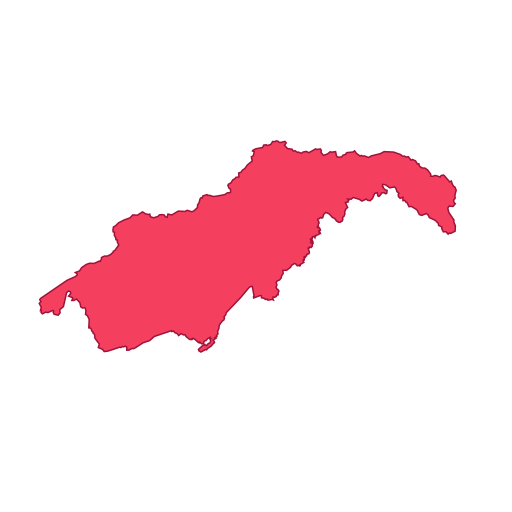 Hkamti, Sagaing, Myanmar, rotated 43°
{"feature_id": "60261553B91156237471736", "entity_name": "Hkamti", "entity_type": "district", "adm_level": 2, "iso_a3": "MMR", "parent_name": "Myanmar", "parent_adm1": "Sagaing", "projection": "natural_earth1", "projection_center": [95.699, 25.834], "detail": "fine", "context": "isolated", "style": "filled", "palette": "rose", "viewbox_px": 512, "rotation_deg": 43, "n_neighbors": 0, "source": "geoboundaries", "source_scale": "gbopen_adm2", "svg_char_len": 6102}
<svg xmlns="http://www.w3.org/2000/svg" viewBox="0 0 512 512"><g transform="rotate(43 256 256)"><path d="M292.9,221.3L292.0,220.2L293.2,218.2L292.5,216.8L288.8,214.7L289.5,213.9L289.0,212.9L290.5,212.3L290.4,210.4L289.4,209.4L289.1,207.7L287.4,208.6L287.9,207.6L286.0,207.2L287.3,206.5L286.2,206.1L286.1,206.7L285.2,204.9L285.1,206.6L284.3,206.4L284.8,204.2L284.2,203.3L285.5,202.1L286.6,202.4L286.0,201.3L286.9,201.3L285.6,201.1L285.6,200.6L287.3,197.2L286.9,196.2L287.7,195.6L286.1,194.9L285.6,195.5L284.8,194.5L285.5,193.2L283.9,192.3L282.5,192.1L282.2,192.8L281.4,192.1L281.3,192.9L280.9,192.7L280.7,190.9L279.7,190.1L279.7,188.9L278.0,187.8L276.8,187.8L276.0,186.6L276.8,185.7L276.9,183.8L277.9,183.7L278.7,182.6L277.1,179.3L277.4,176.4L281.0,175.3L285.5,175.7L288.0,174.9L291.0,175.5L293.4,175.0L294.5,174.0L295.2,171.6L294.6,170.1L293.0,168.7L293.3,167.1L292.3,164.6L290.6,163.0L289.7,160.4L289.9,158.0L285.0,156.0L286.5,153.6L285.9,153.4L285.9,152.1L284.2,151.9L286.9,149.5L287.1,147.0L292.9,144.1L296.0,143.6L297.9,139.0L299.4,139.2L301.8,137.7L302.0,134.5L300.1,129.4L301.5,127.0L304.0,128.9L305.3,128.6L305.4,125.8L304.8,124.5L306.3,122.5L308.5,122.0L308.8,120.8L307.1,118.6L305.4,119.4L302.5,119.4L302.0,118.7L301.1,119.0L299.8,117.2L302.1,115.6L307.4,114.9L310.1,111.1L312.2,111.1L315.2,112.8L317.7,112.6L318.0,113.9L319.6,115.4L322.1,115.5L323.4,112.9L325.7,115.3L327.0,113.9L329.0,114.4L329.9,113.9L334.3,115.6L336.0,113.7L342.2,112.5L347.2,114.3L349.5,113.3L351.7,108.7L354.3,108.7L356.5,109.7L362.7,107.7L367.1,107.8L368.7,109.1L372.1,108.0L373.3,109.4L376.5,110.6L378.4,108.7L381.6,109.0L381.7,107.5L383.0,106.6L384.7,102.1L381.3,98.0L377.4,96.2L376.3,94.7L367.3,92.6L363.6,90.2L363.2,87.8L366.3,85.4L366.1,81.8L364.4,81.9L362.5,80.4L362.3,78.0L360.0,75.9L357.5,71.3L354.3,69.9L352.9,70.3L350.3,69.4L347.7,68.0L347.1,69.7L338.8,68.8L337.8,69.0L336.5,70.9L336.8,72.6L332.5,74.6L331.4,75.8L331.5,76.7L329.3,78.5L328.0,77.0L322.8,76.0L319.6,76.5L317.8,78.1L314.7,78.9L312.1,77.5L311.2,78.6L307.8,77.6L304.6,78.7L304.0,80.2L299.7,79.5L298.1,81.4L296.5,81.6L295.4,82.9L292.2,83.3L285.7,86.2L278.5,92.3L277.1,96.4L272.0,104.2L271.1,107.2L266.9,108.9L266.0,110.2L264.4,110.6L263.9,111.9L259.6,112.5L256.4,111.8L256.0,113.8L252.2,118.1L251.8,119.2L252.3,120.4L250.8,123.1L251.1,125.1L248.3,128.1L246.6,127.9L243.0,125.4L240.4,128.6L239.2,129.1L238.7,132.5L236.8,136.4L232.8,135.9L231.8,134.3L230.2,133.7L227.6,136.8L226.6,136.9L224.2,144.4L221.6,145.1L219.5,147.9L219.1,150.0L216.2,151.0L215.6,152.0L212.9,152.3L211.7,153.8L209.5,153.3L205.9,155.9L201.4,155.6L201.0,152.7L199.0,152.4L196.7,156.0L195.4,157.1L193.6,157.1L192.2,158.1L192.0,159.3L190.1,160.9L190.7,164.4L188.9,167.6L187.9,167.5L186.0,169.5L186.8,172.2L182.8,177.6L181.6,180.8L181.8,181.6L183.5,180.8L185.6,184.4L185.0,186.7L188.4,189.1L187.6,195.5L188.2,199.6L187.5,202.4L187.9,204.9L186.7,207.1L189.6,209.8L187.6,212.3L187.9,213.7L187.1,216.1L187.8,219.6L186.9,222.2L187.2,223.5L190.2,224.9L191.8,224.5L193.9,226.7L193.8,227.3L192.0,229.3L191.2,232.5L186.5,238.9L184.2,241.6L180.3,243.5L179.6,244.5L178.3,244.5L176.2,248.3L177.0,250.3L176.1,250.8L176.1,252.3L178.0,255.8L178.4,258.4L180.1,260.5L179.8,265.4L178.9,267.4L174.5,269.5L173.7,271.8L168.5,276.2L166.4,283.4L163.0,285.4L164.6,288.3L162.9,289.1L161.0,288.6L159.0,289.8L157.3,291.8L157.3,294.0L155.0,297.9L151.9,299.3L149.8,297.8L149.0,299.0L146.5,300.5L142.9,301.1L141.4,307.1L137.9,309.9L137.8,314.1L135.1,319.3L132.8,325.5L132.7,329.8L131.9,331.9L133.5,334.4L135.0,335.8L136.3,335.2L138.4,337.6L140.9,338.3L142.4,339.6L143.9,338.9L144.9,340.3L148.1,341.6L149.0,348.1L148.4,349.9L148.9,350.5L148.7,353.9L147.3,357.5L145.3,359.3L144.2,361.8L144.1,362.6L145.3,364.2L145.7,366.4L144.8,366.6L142.7,371.8L139.3,374.7L137.6,378.0L136.4,383.4L137.1,387.3L135.1,391.3L137.5,391.0L138.2,392.2L137.8,394.5L134.4,402.6L127.3,434.2L127.7,435.5L129.8,436.0L129.8,438.5L134.0,440.0L135.6,443.0L136.3,442.3L137.4,443.9L139.2,444.0L140.5,440.5L142.4,439.3L144.5,434.4L145.5,434.2L146.1,435.5L148.1,436.3L151.7,434.2L151.5,431.2L149.1,429.1L149.7,424.4L142.5,412.0L142.7,409.6L144.4,408.8L146.0,409.5L146.3,413.2L150.0,411.7L150.9,411.9L151.6,414.1L153.2,412.6L154.1,409.9L159.1,410.3L162.5,412.7L164.6,412.4L166.0,410.6L166.7,410.6L169.0,412.1L171.2,415.0L173.4,414.6L177.3,416.2L182.4,422.2L182.5,421.5L183.4,422.1L184.7,421.6L187.5,423.0L189.0,422.8L189.4,423.5L191.5,423.5L194.3,426.0L201.5,427.3L203.1,430.5L207.4,429.0L210.2,429.4L212.6,426.5L218.5,415.7L219.7,415.0L219.9,413.5L221.2,412.7L221.8,411.2L223.5,410.7L225.7,413.0L227.2,411.6L228.5,408.0L229.6,407.4L230.5,405.0L232.6,396.5L235.9,390.4L236.5,384.2L245.1,368.3L245.9,368.7L246.9,367.2L249.2,367.4L251.0,366.5L253.7,366.9L254.1,363.9L256.9,363.1L257.8,362.0L259.8,362.6L264.3,362.3L266.1,360.9L266.3,360.2L265.6,359.8L267.0,358.7L272.8,358.5L273.4,357.4L273.9,358.1L274.6,357.4L276.1,357.3L277.4,355.5L276.3,354.2L276.4,352.9L277.1,352.2L277.0,349.2L278.0,346.7L278.8,348.0L279.3,347.5L279.2,348.1L280.8,349.1L281.6,351.0L280.8,352.5L280.9,355.9L280.6,355.2L279.5,356.1L279.1,355.7L278.1,357.4L277.6,363.6L278.9,364.3L281.2,363.8L282.8,359.2L283.9,358.2L283.6,357.0L284.8,351.8L284.4,350.6L284.7,348.4L284.5,347.3L282.2,346.8L282.8,343.5L281.7,343.8L282.4,341.7L281.5,341.5L281.3,338.9L279.2,337.2L278.5,334.7L276.3,331.6L275.7,327.1L276.1,324.5L275.2,322.8L274.2,322.5L273.9,319.4L272.9,317.9L273.1,296.7L272.4,283.2L273.7,280.9L274.3,281.0L281.8,286.5L281.8,287.3L282.9,288.3L286.0,282.1L286.9,281.5L288.6,282.8L290.8,281.4L292.4,281.4L293.5,279.9L294.3,280.3L295.2,279.8L297.4,276.7L298.7,276.3L297.1,275.5L296.5,274.1L297.8,273.5L298.4,271.6L297.9,270.3L298.7,269.3L297.2,267.6L296.7,266.0L294.7,265.5L294.0,266.0L291.8,265.1L291.1,262.9L288.9,261.7L288.5,259.7L289.6,257.4L289.4,254.9L288.3,253.1L287.8,250.2L285.4,248.3L288.1,245.6L289.0,240.7L288.4,238.6L289.2,235.3L290.6,234.7L292.9,235.0L293.9,233.2L294.5,233.6L295.0,232.9L294.2,231.9L295.4,228.0L293.7,227.4L293.2,226.5L294.0,226.0L292.1,224.1L293.0,223.9L292.9,223.0L292.2,222.9L292.9,221.3Z" fill="#f43f5e" stroke="#9f1239" stroke-width="1.5"/></g></svg>